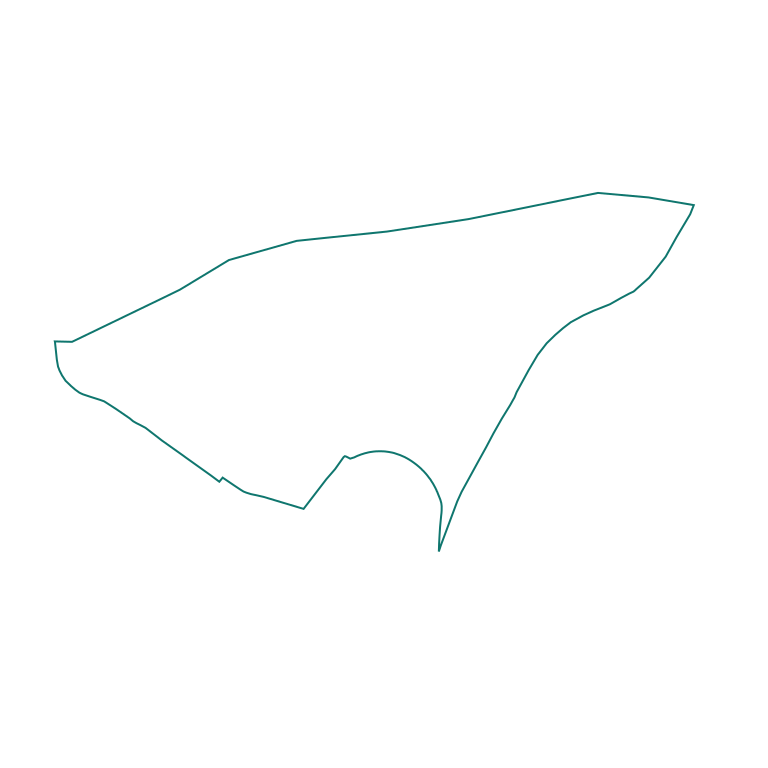 outline of Bulaq, Al Qahirah, Egypt, rotated 85°
{"feature_id": "37247803B29547542469056", "entity_name": "Bulaq", "entity_type": "district", "adm_level": 2, "iso_a3": "EGY", "parent_name": "Egypt", "parent_adm1": "Al Qahirah", "projection": "natural_earth1", "projection_center": [31.238, 30.062], "detail": "fine", "context": "isolated", "style": "outline", "palette": "teal", "viewbox_px": 768, "rotation_deg": 85, "n_neighbors": 0, "source": "geoboundaries", "source_scale": "gbopen_adm2", "svg_char_len": 2285}
<svg xmlns="http://www.w3.org/2000/svg" viewBox="0 0 768 768"><g transform="rotate(85 384 384)"><path d="M555.7,344.0L549.6,341.4L507.4,321.3L498.2,316.1L483.1,306.0L470.2,297.4L456.1,287.9L442.8,279.3L428.7,269.6L415.8,260.0L411.2,256.9L409.8,255.9L408.8,255.2L403.7,252.6L382.8,238.7L368.4,228.4L357.6,218.4L350.0,209.1L344.0,200.8L338.7,192.5L333.0,179.4L329.3,168.9L324.3,152.1L319.0,140.5L315.3,131.8L313.7,127.4L312.6,125.8L311.4,124.3L301.2,110.6L281.7,92.3L263.1,79.7L241.6,64.2L232.8,59.8L221.2,104.2L212.3,154.2L216.6,192.6L220.4,225.9L227.1,285.5L232.4,367.7L233.3,429.0L233.8,458.6L241.9,501.0L247.0,527.7L272.3,579.2L278.4,595.1L302.6,658.9L314.8,691.1L312.9,708.2L313.6,708.1L314.3,708.1L331.2,707.8L338.3,707.2L340.3,706.6L342.2,706.1L347.4,704.0L353.1,700.9L357.4,697.1L358.1,696.5L358.7,696.0L362.7,692.1L366.0,688.3L367.1,686.5L368.1,684.7L371.3,677.3L375.0,668.4L376.9,664.3L378.8,661.8L385.8,652.8L396.1,640.3L399.2,637.2L400.4,635.5L401.5,633.9L403.2,631.1L403.9,630.0L405.4,627.7L406.9,625.4L421.0,610.1L437.4,590.8L438.7,589.3L439.6,588.3L460.2,564.2L467.0,556.6L465.1,554.7L463.2,552.9L472.1,542.0L476.8,536.1L478.9,533.3L480.3,530.5L482.1,526.1L482.9,523.5L483.7,520.8L486.0,513.7L501.4,475.0L473.8,449.7L464.6,440.2L453.3,430.6L452.5,429.3L453.0,428.0L454.1,426.2L455.4,424.2L454.5,420.0L453.8,418.2L453.2,416.5L453.0,415.7L452.7,414.7L452.2,413.0L451.8,411.1L451.4,409.4L451.1,407.4L450.8,405.6L450.6,403.7L450.5,401.8L450.4,400.0L450.4,398.1L450.5,396.2L450.6,394.4L450.8,392.5L451.0,390.7L451.3,388.8L451.7,387.0L452.1,385.2L452.6,383.4L453.1,381.6L453.7,379.9L456.2,374.2L458.7,369.6L459.4,368.6L460.1,367.5L460.8,366.5L461.5,365.5L462.3,364.5L463.1,363.4L463.9,362.5L464.7,361.5L465.5,360.6L466.4,359.6L467.2,358.7L468.1,357.8L469.0,356.9L469.9,356.0L470.8,355.2L471.7,354.3L472.7,353.6L473.7,352.7L474.6,351.9L475.6,351.2L476.6,350.4L477.6,349.7L478.6,349.0L479.7,348.3L480.7,347.7L481.8,347.0L482.8,346.3L483.9,345.7L485.0,345.2L486.1,344.6L487.2,344.0L488.3,343.5L489.4,343.0L490.6,342.5L491.7,342.0L492.8,341.6L494.0,341.1L495.2,340.8L496.3,340.3L497.8,339.9L504.0,338.0L507.6,337.3L510.7,337.2L515.1,337.6L517.6,338.0L520.0,338.5L531.3,340.6L539.9,341.9L547.7,343.0L554.4,343.8L555.7,344.0Z" fill="none" stroke="#0f766e" stroke-width="2"/></g></svg>